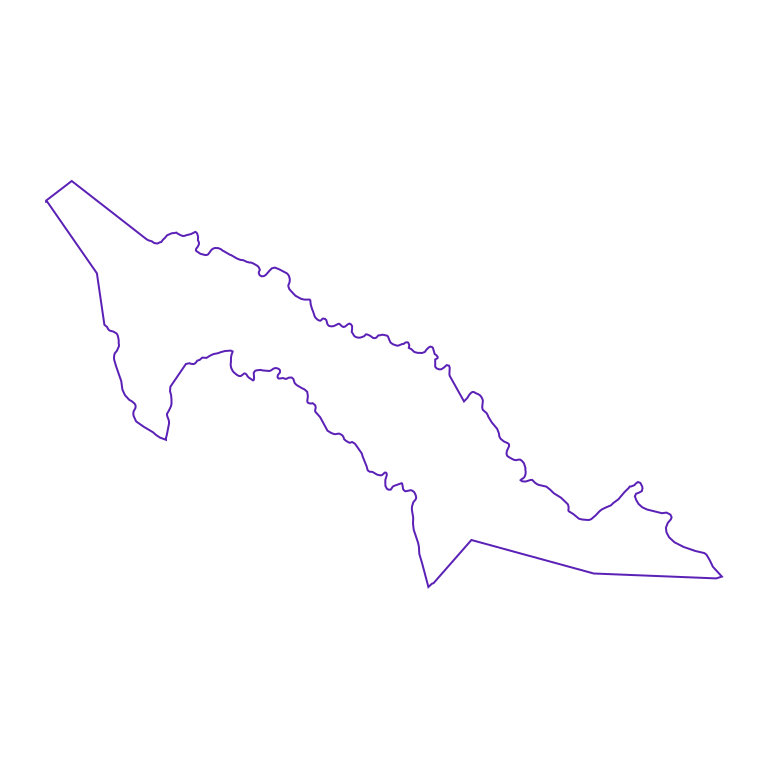 outline of Bois Canot, Praslin, Saint Lucia
{"feature_id": "8701671B32126440612749", "entity_name": "Bois Canot", "entity_type": "district", "adm_level": 2, "iso_a3": "LCA", "parent_name": "Saint Lucia", "parent_adm1": "Praslin", "projection": "natural_earth1", "projection_center": [-60.931, 13.84], "detail": "fine", "context": "isolated", "style": "outline", "palette": "violet", "viewbox_px": 768, "rotation_deg": 0, "n_neighbors": 0, "source": "geoboundaries", "source_scale": "gbopen_adm2", "svg_char_len": 6110}
<svg xmlns="http://www.w3.org/2000/svg" viewBox="0 0 768 768"><path d="M160.0,437.6L166.0,439.8L166.0,437.9L166.8,435.0L169.1,423.2L168.8,420.3L167.1,415.7L167.0,413.8L168.8,410.8L170.9,406.4L171.5,403.8L171.5,399.9L171.1,395.1L170.0,391.2L170.4,386.7L185.9,364.0L189.5,363.2L190.5,363.7L193.4,364.1L194.5,363.7L195.7,362.8L197.3,360.6L199.5,360.0L202.3,357.6L206.5,357.9L210.0,355.7L213.4,354.1L218.4,353.1L220.6,352.2L225.1,351.0L230.8,350.6L232.6,351.4L232.7,351.7L231.5,354.7L231.0,357.5L230.9,362.5L230.6,364.7L231.2,367.9L232.7,371.0L234.1,372.6L237.1,375.0L238.8,375.9L240.4,376.1L241.5,375.6L244.0,373.6L244.7,373.4L245.7,373.8L246.7,374.8L247.4,376.1L248.7,377.5L253.0,380.4L253.8,379.8L254.1,377.9L253.7,372.8L254.9,371.1L255.7,370.6L256.8,370.3L260.6,369.9L262.5,370.4L269.4,371.0L271.0,370.4L273.7,368.5L276.0,368.0L278.3,368.7L279.2,369.3L279.9,370.2L280.1,372.0L279.7,372.8L278.0,374.9L277.6,376.4L277.6,377.3L278.0,378.0L278.6,378.5L280.9,378.4L282.8,378.0L284.8,378.7L286.3,378.9L288.6,377.7L291.4,377.5L292.2,377.9L293.4,379.1L294.6,382.9L295.9,384.4L297.5,385.6L302.0,388.2L304.5,389.4L307.2,391.8L307.8,395.6L307.8,397.2L307.3,400.2L307.4,401.9L307.8,402.6L309.4,403.4L311.2,403.5L312.7,403.2L314.9,405.0L315.3,405.6L315.7,407.7L315.1,410.5L315.3,411.7L320.1,417.1L327.5,430.7L331.1,432.9L333.9,434.0L335.3,434.2L338.0,433.7L339.5,433.7L341.7,434.9L342.5,435.6L343.4,436.9L344.2,439.3L346.0,440.8L348.5,442.3L349.8,442.8L352.1,442.0L354.5,443.4L355.2,444.0L361.8,453.5L362.7,456.6L366.6,466.3L367.5,469.7L367.9,470.5L368.7,471.1L370.0,471.8L371.8,471.8L372.8,472.1L376.9,474.5L379.2,475.2L381.3,475.3L382.4,474.8L384.5,472.8L385.0,472.5L386.0,472.7L386.5,473.3L386.8,474.1L386.6,475.8L385.4,479.6L385.3,480.6L385.4,485.9L386.8,488.6L388.5,489.7L390.8,489.6L392.7,486.7L394.0,485.9L401.6,483.2L402.1,483.5L402.4,484.7L403.1,489.0L403.5,489.8L404.8,491.0L405.5,491.3L410.8,490.2L411.9,490.5L413.9,491.8L414.9,493.4L415.7,495.3L416.1,496.8L416.2,497.8L415.6,499.5L413.4,502.1L412.2,505.8L411.9,507.8L411.9,509.9L413.2,517.5L413.0,523.6L413.7,529.7L418.1,542.9L418.9,546.7L419.3,553.9L422.2,563.6L428.4,587.0L431.9,583.7L433.6,583.1L471.4,540.0L593.7,573.5L716.2,578.4L721.9,576.6L712.9,566.8L709.8,560.3L706.5,554.7L704.4,553.1L695.4,551.0L683.7,547.0L674.5,542.3L669.1,537.3L666.5,532.4L665.9,527.8L667.8,522.9L670.9,519.3L671.6,517.2L670.4,514.6L666.5,512.6L661.9,513.2L647.0,509.5L642.3,507.3L638.5,503.9L636.1,499.8L634.9,496.2L636.1,493.7L638.9,492.7L641.8,491.1L642.5,488.5L642.2,486.5L640.4,483.0L638.0,482.0L635.9,483.4L634.4,485.2L630.9,486.5L629.7,486.5L628.8,487.9L624.4,492.2L618.4,499.3L613.3,503.0L611.0,505.3L605.1,507.8L601.9,509.4L599.6,511.2L595.6,515.4L591.4,519.0L590.0,519.7L588.1,520.0L582.1,519.5L578.9,518.7L573.4,514.1L568.8,511.3L568.4,510.6L568.6,506.9L568.0,504.7L567.7,504.1L561.0,497.7L553.9,493.3L550.1,489.6L546.3,486.6L538.7,484.9L536.8,484.0L535.0,482.7L532.2,479.9L530.4,480.0L525.8,481.5L522.6,481.4L521.5,480.9L520.6,480.1L521.4,479.4L523.8,477.8L524.7,476.5L525.5,474.3L525.7,471.9L525.3,469.2L525.5,468.2L524.0,463.4L522.1,461.0L520.1,459.6L517.9,459.7L516.3,460.2L514.2,459.9L512.4,459.1L508.6,456.9L507.6,456.2L506.9,455.3L506.5,453.5L506.9,450.9L509.1,446.1L509.0,444.4L508.0,443.3L504.0,441.5L500.7,438.9L499.4,436.6L498.9,433.4L497.2,428.9L491.7,422.3L488.3,416.7L487.7,415.1L486.6,413.1L483.1,410.1L482.6,409.3L482.2,407.0L482.9,400.7L482.3,398.8L481.3,396.9L479.8,395.1L478.0,394.1L475.8,393.2L474.1,392.1L472.4,392.0L471.0,392.9L469.1,395.0L467.4,397.9L464.0,401.4L449.8,376.0L449.4,374.5L449.7,367.6L449.0,365.7L446.7,365.1L443.5,367.9L441.2,369.3L439.0,369.3L436.6,368.4L435.2,366.7L435.2,359.5L437.5,358.2L437.7,357.0L436.3,355.1L434.7,354.1L432.9,347.9L432.1,347.1L430.4,346.6L428.8,347.4L426.5,349.6L424.9,351.9L422.1,353.0L417.2,352.8L414.2,351.9L411.4,349.2L408.8,347.9L409.3,345.2L408.3,342.8L407.7,342.4L406.3,342.3L405.1,342.7L403.9,343.8L402.0,344.1L398.4,345.6L396.7,345.6L392.8,344.2L390.6,342.6L389.6,340.6L388.0,336.6L387.2,335.7L383.2,334.8L381.6,334.8L380.0,335.3L378.3,335.4L376.4,337.6L374.8,338.2L373.0,337.9L370.2,335.8L367.3,334.5L365.8,334.4L364.2,336.2L360.7,337.5L358.8,337.7L356.9,337.4L355.4,336.8L354.1,335.8L351.7,331.8L352.1,329.0L352.1,326.1L351.0,324.4L349.9,323.7L349.3,323.7L347.8,324.3L345.2,326.5L343.5,327.0L342.1,326.4L339.4,323.9L338.4,323.8L333.7,326.1L331.4,326.4L329.1,325.9L328.4,325.4L327.4,324.1L326.3,320.1L325.2,319.0L323.2,318.5L322.3,318.9L321.5,319.9L320.4,320.7L319.5,320.6L318.0,320.0L315.6,317.9L314.6,316.2L313.1,311.5L312.1,309.2L310.7,304.4L310.3,300.3L309.7,299.6L304.6,299.6L301.6,299.0L299.9,298.2L295.4,295.7L290.4,290.4L289.1,288.7L288.3,286.1L288.5,284.8L289.5,282.4L289.8,280.1L289.7,278.5L288.7,275.4L287.0,273.4L279.6,269.5L275.0,267.6L271.9,268.3L269.3,270.9L266.2,274.5L264.7,275.7L263.4,276.2L261.5,276.3L259.7,275.2L259.0,273.7L258.8,273.2L258.8,272.1L259.9,269.8L258.7,267.2L257.9,266.3L256.9,265.5L252.8,263.2L250.7,262.5L249.4,262.5L246.7,261.8L243.3,260.2L240.5,259.9L237.1,258.6L231.1,255.1L229.8,254.7L223.9,251.2L222.6,250.6L221.2,249.4L218.3,248.1L215.0,248.0L213.1,248.6L211.4,249.9L208.2,254.3L207.3,254.8L205.4,255.1L200.4,253.8L196.3,251.0L195.9,250.3L196.1,248.9L198.0,246.3L199.0,244.0L198.9,242.4L197.9,240.1L198.1,237.0L197.3,233.9L196.4,232.5L195.3,231.9L190.9,234.1L186.3,235.2L184.9,235.8L182.9,236.0L180.6,235.2L177.0,233.2L176.5,232.6L173.9,233.1L171.9,233.2L167.1,235.3L164.8,238.0L162.8,239.9L161.3,242.0L159.6,242.4L157.6,243.5L154.3,243.1L151.8,241.3L148.4,240.3L146.6,239.3L71.7,181.0L46.1,200.6L46.1,201.8L47.2,201.7L96.9,273.3L104.4,324.8L107.2,327.1L108.1,329.1L109.3,330.3L110.3,330.8L113.2,331.5L116.5,333.4L117.4,334.7L118.2,337.3L118.7,340.3L118.7,343.6L119.0,344.7L118.9,346.3L116.9,350.8L114.7,353.4L114.1,356.0L114.0,358.6L114.3,360.2L116.1,366.3L121.3,381.3L122.2,388.3L122.7,390.3L125.0,395.2L129.2,399.8L131.7,401.2L134.5,403.5L135.5,405.2L135.6,406.5L135.5,407.7L135.1,408.7L133.7,411.1L133.3,413.6L133.5,415.6L135.9,421.0L136.5,421.7L143.8,426.8L152.9,432.2L156.1,435.0L160.0,437.6Z" fill="none" stroke="#5b21b6" stroke-width="2"/></svg>